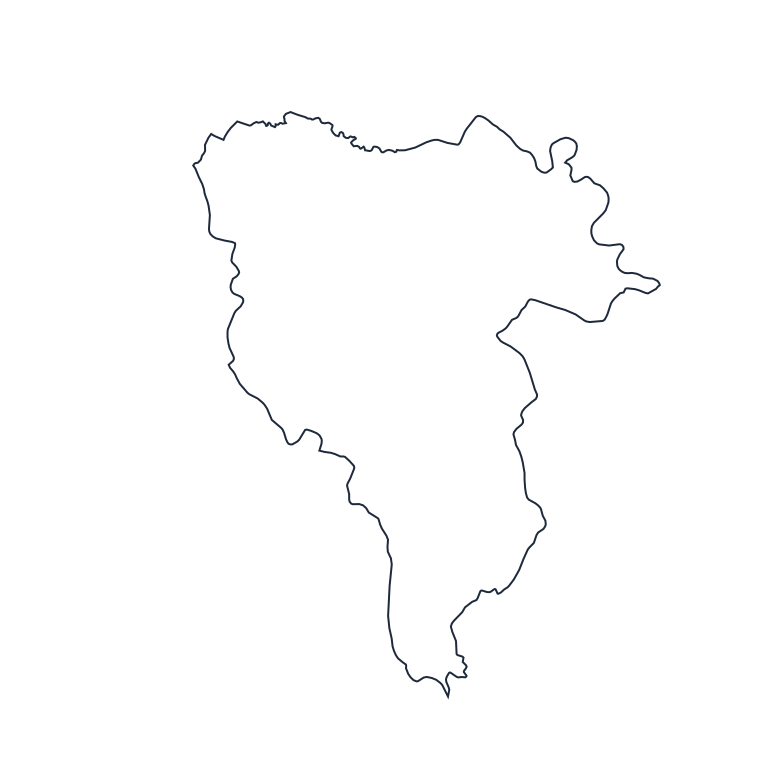 Wiang Chiang Rung, Chiang Rai, Thailand (Mercator projection), rotated 105°
{"feature_id": "78962969B94176504634652", "entity_name": "Wiang Chiang Rung", "entity_type": "district", "adm_level": 2, "iso_a3": "THA", "parent_name": "Thailand", "parent_adm1": "Chiang Rai", "projection": "mercator", "projection_center": [100.013, 20.012], "detail": "fine", "context": "isolated", "style": "outline", "palette": "slate", "viewbox_px": 768, "rotation_deg": 105, "n_neighbors": 0, "source": "geoboundaries", "source_scale": "gbopen_adm2", "svg_char_len": 6163}
<svg xmlns="http://www.w3.org/2000/svg" viewBox="0 0 768 768"><g transform="rotate(105 384 384)"><path d="M669.3,241.3L662.5,241.8L660.3,243.0L655.8,246.6L653.3,247.7L650.5,247.6L646.4,246.5L645.7,245.9L645.6,245.0L648.1,237.9L648.2,236.5L646.9,233.0L646.3,229.6L645.5,228.9L644.5,228.7L641.6,232.3L640.5,232.5L637.5,231.3L635.6,231.0L634.3,232.2L632.1,236.0L627.7,236.4L627.0,237.8L626.8,242.9L626.0,244.0L613.7,247.9L605.8,253.8L601.1,256.6L597.8,256.5L594.4,255.1L584.2,249.4L578.7,247.9L571.6,242.5L568.8,238.8L566.5,238.1L559.3,237.3L558.5,236.8L558.1,235.7L558.3,230.7L557.8,228.3L557.1,227.2L553.9,224.6L553.3,223.8L553.5,223.0L557.1,220.0L557.0,219.2L555.1,217.1L551.3,214.7L548.4,212.0L546.4,210.9L539.2,208.0L528.7,205.3L517.2,204.0L506.8,202.3L504.3,201.3L498.7,198.1L490.5,197.6L487.6,196.7L482.6,192.4L479.8,191.5L477.7,191.4L474.3,192.7L470.1,196.6L464.7,199.7L463.0,201.1L461.3,203.9L460.0,207.0L458.2,214.3L456.6,216.4L452.7,218.7L447.8,220.8L440.3,223.4L433.6,225.2L423.8,229.7L418.9,232.4L413.9,235.8L408.8,240.7L404.2,242.9L399.2,245.9L396.9,246.0L393.1,244.5L387.6,240.6L385.3,239.8L382.8,240.3L379.0,243.4L377.2,243.6L374.6,243.3L370.7,241.7L363.2,236.6L359.2,233.5L356.8,233.0L354.6,233.4L350.2,236.9L335.4,246.1L324.0,254.6L321.4,257.2L319.1,261.1L315.0,271.4L313.1,280.0L312.2,282.6L308.8,287.0L307.7,287.6L306.3,287.5L305.1,286.9L301.7,283.2L298.7,280.8L296.2,279.6L288.9,277.0L285.9,273.2L284.6,272.3L283.5,271.8L277.0,270.3L272.7,267.6L267.0,266.3L264.8,265.1L264.1,263.5L263.9,259.5L265.4,237.5L265.6,228.1L267.2,216.9L270.8,206.9L271.2,204.6L270.9,201.3L266.8,189.9L266.2,188.7L264.7,187.5L261.5,186.7L258.5,186.2L247.4,185.6L245.0,184.9L241.7,183.4L235.2,179.4L233.5,176.2L229.4,175.4L228.5,173.5L227.4,165.9L227.5,161.8L228.3,155.5L228.2,152.5L221.7,145.8L218.8,144.5L217.2,143.2L215.6,144.1L213.7,146.4L212.6,151.3L213.4,155.9L213.7,160.8L212.5,165.3L212.1,168.5L212.5,173.1L213.9,177.3L214.4,180.1L214.0,182.8L212.8,185.9L211.7,187.4L209.6,189.2L205.1,190.8L203.1,190.8L197.7,189.8L191.8,187.5L189.5,188.3L188.1,190.1L187.9,191.5L188.1,192.9L192.0,202.4L193.4,212.2L193.1,214.5L190.9,218.3L187.7,221.0L185.0,222.6L182.1,223.5L177.9,224.0L174.0,223.0L162.5,216.4L158.7,214.8L150.6,214.2L146.7,215.0L144.5,216.0L141.5,218.0L138.3,222.5L136.2,226.7L135.7,232.8L132.3,237.8L131.3,240.3L131.4,241.9L132.2,243.6L135.9,246.9L138.4,249.7L139.5,252.5L139.2,254.2L134.3,258.0L128.6,258.3L126.4,259.0L123.9,262.4L123.3,266.3L120.5,265.0L117.1,261.6L115.1,259.9L113.4,259.1L108.1,258.6L104.5,259.2L101.9,260.5L100.3,262.7L99.5,264.6L98.7,269.3L99.1,272.3L101.8,276.8L107.6,282.7L109.2,283.8L112.3,284.3L115.9,283.9L125.4,279.1L131.2,276.9L133.5,278.3L137.3,281.4L137.9,282.2L138.4,283.9L138.3,286.8L136.2,291.7L134.0,293.4L130.0,295.3L126.9,297.5L124.4,300.3L122.7,302.9L122.3,306.5L122.5,310.2L121.6,313.6L119.2,318.1L113.4,325.7L109.4,333.9L108.1,338.2L106.3,341.4L105.2,345.8L102.4,351.4L101.2,354.7L100.4,358.0L100.4,360.7L100.9,362.7L102.3,364.3L115.9,370.1L119.2,371.2L131.1,373.0L133.4,374.1L133.9,375.4L134.7,385.1L134.2,395.1L135.0,398.1L136.4,400.9L139.6,405.7L147.6,415.1L152.8,424.2L154.3,429.4L154.6,432.1L156.5,432.3L157.3,433.6L156.5,436.2L156.6,439.8L157.8,442.1L160.3,444.5L160.7,445.9L160.3,446.8L157.7,449.3L157.0,451.3L156.9,452.6L157.2,454.8L157.7,455.6L161.2,456.4L162.2,457.2L162.7,458.2L163.1,462.8L160.8,464.1L160.0,465.1L162.3,466.9L162.8,467.6L162.7,468.1L161.4,469.4L160.9,471.5L162.2,474.8L160.1,477.8L159.2,478.3L156.8,477.0L154.5,474.8L153.9,474.8L153.5,475.5L153.0,476.7L153.8,477.8L153.5,480.3L154.0,481.0L155.7,482.2L156.1,484.6L155.1,487.0L152.9,488.0L152.1,488.8L151.7,490.5L152.7,491.7L156.4,492.0L156.4,495.1L154.8,497.9L152.5,500.3L151.5,500.7L148.3,500.4L147.2,500.9L146.1,503.9L146.0,505.5L147.5,508.7L147.8,511.3L147.0,512.8L144.5,514.7L143.9,516.4L145.1,518.9L146.8,520.8L147.2,521.9L146.7,523.5L147.3,526.3L146.6,529.0L146.3,537.5L145.5,544.7L148.5,548.7L151.5,549.9L152.5,549.6L153.5,548.8L155.6,548.2L157.4,546.3L158.8,549.3L158.6,551.0L158.8,552.0L161.0,553.4L161.2,555.9L163.1,555.4L164.1,555.8L163.5,560.0L162.0,561.2L161.4,562.7L162.4,563.5L164.0,563.3L165.0,564.0L165.2,564.6L163.6,565.7L161.7,569.0L163.2,570.9L164.2,573.3L163.9,575.0L165.9,577.4L168.6,579.5L169.2,580.8L168.4,593.7L176.2,598.2L181.0,600.2L186.0,601.7L189.7,602.2L188.3,611.9L187.2,615.6L191.5,617.3L199.3,618.8L205.2,617.1L207.6,617.6L210.7,618.9L214.6,618.9L218.4,621.0L219.5,623.3L220.3,624.1L222.4,624.8L224.8,621.9L232.1,616.4L237.9,611.3L242.5,608.3L245.8,606.9L248.4,605.3L253.2,601.9L257.2,599.6L265.9,595.9L279.5,593.2L281.8,592.3L283.9,590.7L285.8,587.6L286.8,584.1L286.7,575.1L286.1,567.6L286.5,564.5L287.4,563.9L290.8,563.5L297.6,564.1L304.2,563.4L305.9,562.1L309.0,556.9L312.4,553.5L313.7,552.8L315.1,552.9L317.9,554.0L321.5,557.2L327.8,557.7L330.4,557.2L332.5,556.2L334.7,554.2L335.7,552.1L336.5,546.1L337.2,543.8L338.4,542.1L340.3,541.4L341.5,541.3L346.0,542.5L351.7,546.1L354.4,546.9L371.4,549.0L373.9,548.7L379.5,547.2L385.6,544.5L389.3,542.4L396.6,536.3L398.4,535.5L400.6,535.7L405.6,539.0L408.1,537.0L411.1,532.7L413.5,530.1L416.2,528.0L421.2,523.3L427.8,513.6L428.8,511.3L430.7,502.3L433.5,496.3L435.0,494.0L438.1,490.5L447.7,483.1L453.0,472.0L454.3,470.1L457.0,467.9L462.8,464.3L465.2,462.3L466.4,460.8L466.6,458.8L466.1,457.0L462.2,453.0L459.8,451.5L448.8,448.3L448.0,446.8L448.1,442.5L448.9,436.6L449.5,434.8L450.5,432.8L453.2,430.2L454.5,429.5L457.8,428.9L465.1,429.2L465.0,424.0L464.2,417.4L464.4,413.0L465.3,407.3L464.5,404.5L464.5,402.8L467.2,397.6L470.8,392.0L472.3,391.1L474.1,391.0L484.2,392.2L489.4,393.4L491.7,393.4L499.3,389.2L504.4,387.8L506.5,386.8L508.0,384.8L508.2,383.1L506.4,376.9L506.6,372.9L508.4,369.2L512.1,365.4L515.2,355.3L515.8,354.4L521.0,351.2L524.2,348.6L530.0,342.3L533.4,339.8L540.4,338.5L545.0,336.9L550.6,332.2L556.3,329.8L577.7,326.3L607.0,320.0L618.5,315.6L627.9,310.7L635.2,307.8L639.2,305.3L643.0,302.2L645.4,299.4L647.9,294.1L649.3,290.2L650.8,289.5L652.7,289.3L657.6,285.7L660.3,282.6L662.4,278.9L662.8,275.6L662.4,274.4L657.2,269.6L655.9,266.9L655.6,261.8L656.2,257.0L658.3,251.9L659.8,249.7L669.3,241.3Z" fill="none" stroke="#1e293b" stroke-width="2"/></g></svg>